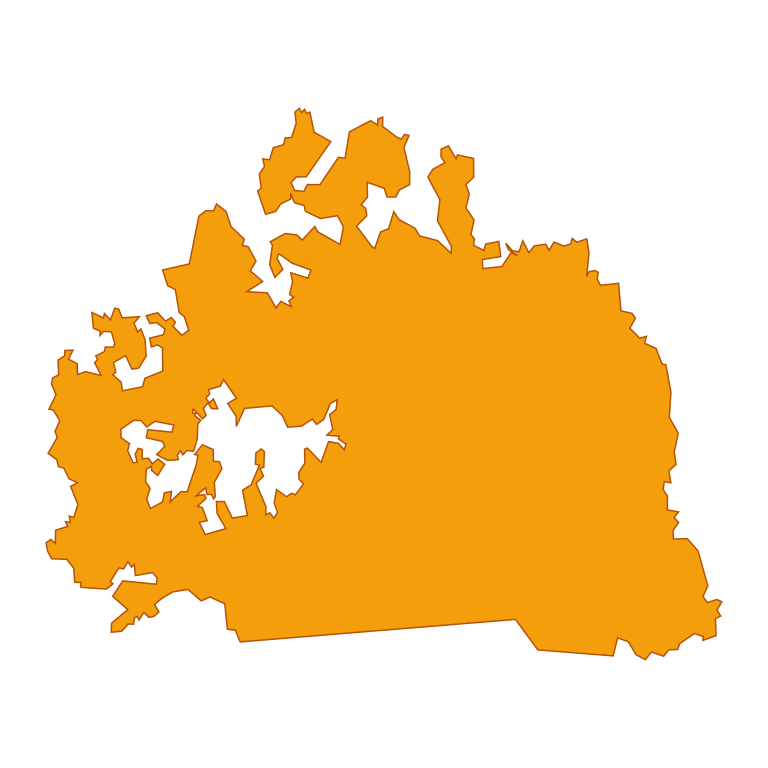 outline of Cañazas, Veraguas, Panama
{"feature_id": "35544464B38467816512648", "entity_name": "Cañazas", "entity_type": "district", "adm_level": 2, "iso_a3": "PAN", "parent_name": "Panama", "parent_adm1": "Veraguas", "projection": "natural_earth1", "projection_center": [-81.335, 8.382], "detail": "fine", "context": "isolated", "style": "filled", "palette": "amber", "viewbox_px": 768, "rotation_deg": 0, "n_neighbors": 0, "source": "geoboundaries", "source_scale": "gbopen_adm2", "svg_char_len": 6085}
<svg xmlns="http://www.w3.org/2000/svg" viewBox="0 0 768 768"><path d="M64.5,355.9L58.0,360.2L58.7,374.8L52.7,377.9L51.5,383.9L56.0,394.7L48.9,409.3L53.2,409.9L59.8,420.6L55.0,431.5L57.3,437.3L48.1,453.3L56.8,459.7L58.4,466.5L63.8,468.1L69.1,478.8L77.6,482.8L70.6,486.4L77.9,504.5L73.7,517.5L69.2,516.1L70.4,522.3L65.6,521.7L67.7,526.5L55.6,530.2L55.3,543.4L50.8,539.4L46.1,542.7L47.5,551.1L51.7,558.8L66.8,559.3L73.7,568.2L74.7,582.3L81.3,582.5L80.4,586.3L81.0,587.3L106.4,589.1L113.0,583.8L110.3,581.6L118.8,568.0L123.6,569.0L127.9,561.7L131.6,567.1L134.4,564.5L135.4,575.6L152.8,572.5L157.3,578.4L156.3,584.2L122.7,580.9L112.7,596.4L127.7,609.6L111.6,623.2L111.2,632.2L121.6,631.3L128.4,624.0L133.6,624.2L134.5,617.8L137.5,616.4L139.0,620.0L143.9,612.4L148.8,617.3L153.7,616.5L158.9,612.1L154.7,604.5L161.8,598.4L172.8,591.9L188.0,589.4L201.2,600.9L210.0,597.0L224.8,603.8L227.4,629.3L235.4,630.2L240.2,641.9L515.5,619.4L537.8,649.9L613.2,655.9L617.6,637.9L628.4,641.7L635.9,654.6L645.3,659.6L651.4,652.0L663.7,656.2L668.8,649.8L677.7,649.5L679.6,643.7L694.5,633.5L703.3,636.6L702.8,640.4L716.0,635.7L715.5,618.6L720.7,616.0L716.9,610.1L721.9,601.7L716.7,599.5L707.4,602.6L703.0,596.6L707.8,585.8L698.1,551.1L687.3,538.6L673.4,539.1L673.1,530.5L678.6,522.4L674.2,517.6L678.5,511.9L667.4,509.9L667.4,496.0L663.1,489.4L664.3,481.6L670.9,482.8L668.8,471.0L676.1,464.3L674.2,451.9L678.3,433.2L669.3,417.3L670.9,392.2L665.9,364.8L662.0,363.8L656.0,348.4L644.7,343.3L646.4,336.3L639.7,338.2L629.8,328.2L635.4,318.4L632.0,313.4L621.0,310.8L618.5,283.3L600.4,285.3L597.2,279.0L598.3,272.4L594.9,270.6L589.0,271.7L586.6,276.5L589.0,252.9L586.8,238.9L576.7,242.2L572.2,238.3L570.9,243.7L564.1,246.1L553.9,242.1L549.1,250.4L545.7,244.2L534.4,245.8L528.8,252.7L522.8,240.8L519.0,251.7L512.5,250.8L505.7,243.2L508.4,249.6L517.3,255.8L511.2,252.6L501.9,266.5L482.8,268.6L482.3,259.6L500.7,256.6L498.8,241.5L485.8,244.0L483.9,250.4L473.6,245.3L474.4,238.9L470.9,234.5L474.1,220.0L465.9,207.9L469.3,194.2L465.8,184.7L473.7,177.1L473.6,158.5L457.5,154.9L456.2,158.8L448.4,145.9L441.2,149.0L440.9,156.5L444.8,162.7L432.9,169.2L427.9,177.0L439.9,199.8L437.5,220.9L451.5,246.6L451.1,253.3L437.6,240.6L419.6,235.9L415.1,228.3L399.0,219.5L393.8,211.6L388.6,228.7L380.5,232.0L374.7,248.4L372.3,247.1L356.5,226.1L366.8,215.8L365.6,208.2L361.1,204.9L367.5,197.2L367.2,182.3L384.2,188.3L387.0,197.0L395.8,197.0L399.4,189.9L409.6,184.7L409.7,171.6L403.9,147.6L409.0,135.5L404.6,134.4L401.4,139.2L397.0,137.3L382.6,126.5L382.7,117.1L377.8,119.1L377.7,125.0L370.7,120.7L349.4,131.8L345.1,158.2L338.5,157.3L319.9,184.7L307.5,184.5L303.8,191.4L294.7,190.5L291.1,182.6L296.3,177.0L306.2,176.8L330.8,141.6L314.1,132.2L309.9,112.1L306.7,113.4L304.5,109.4L301.6,112.5L299.3,108.4L294.9,112.1L296.2,123.2L291.6,137.4L285.2,138.0L283.6,144.6L273.2,147.8L269.6,159.8L262.8,158.9L264.5,166.4L259.3,174.1L261.3,188.2L257.6,191.0L265.6,214.3L275.7,211.4L280.8,203.8L290.7,199.1L290.7,193.2L294.5,202.7L304.2,205.5L305.3,211.2L320.3,218.5L337.5,215.7L343.4,226.9L340.1,244.5L317.9,231.9L314.8,226.5L302.2,240.1L296.9,234.9L285.2,233.5L270.2,241.8L272.4,245.3L269.7,264.8L274.9,277.4L282.8,269.4L277.0,258.1L279.0,253.7L292.1,263.2L310.9,270.0L308.0,278.1L290.7,272.8L292.6,281.7L289.6,294.4L293.6,297.2L288.9,300.9L291.3,306.8L280.9,301.4L276.0,307.9L267.3,292.8L246.7,291.7L262.7,281.5L250.3,270.9L256.0,261.0L248.1,246.6L242.3,245.6L244.3,239.2L231.1,226.6L226.0,211.4L216.5,204.0L213.6,210.8L205.9,210.7L198.9,216.1L189.3,263.9L162.6,270.0L167.7,285.8L175.3,289.5L179.2,312.5L184.4,316.8L188.7,330.1L181.9,335.3L173.0,326.3L175.4,322.2L171.3,317.5L165.5,321.2L157.8,312.8L146.2,315.7L149.9,323.5L156.6,322.6L164.9,328.9L163.6,334.7L149.7,338.1L151.3,346.9L157.8,344.9L162.4,347.9L162.8,371.0L144.9,378.3L142.5,386.8L122.4,390.8L121.2,382.3L112.8,374.7L115.8,372.2L113.5,362.5L125.7,355.6L131.9,369.2L138.7,368.1L146.2,356.0L145.1,339.8L140.9,328.9L137.7,332.0L134.0,323.2L139.4,316.7L122.2,317.8L118.7,309.1L114.8,308.1L110.4,319.9L104.4,313.5L103.5,317.9L91.9,312.5L93.4,328.2L100.1,331.1L100.0,335.5L103.5,331.5L111.4,331.8L114.8,343.8L113.3,347.2L105.3,347.0L104.5,351.5L95.7,356.0L97.6,359.3L94.7,362.8L101.1,375.5L85.7,371.6L77.5,374.5L77.2,363.7L68.4,359.1L73.0,350.2L64.9,350.5L64.5,355.9ZM205.1,534.5L199.3,522.3L207.2,520.7L202.4,507.7L197.6,506.1L206.0,498.5L204.5,494.5L196.2,495.7L205.6,487.8L207.1,494.5L211.5,494.4L213.6,498.8L215.3,496.5L214.3,482.4L221.9,468.7L219.4,461.6L213.5,461.4L213.2,449.6L202.5,444.8L194.6,454.5L197.9,455.2L196.4,464.2L187.2,491.8L181.0,491.6L170.1,502.0L171.5,491.4L164.3,492.9L162.6,501.9L150.4,508.5L146.6,499.2L150.1,488.4L145.6,481.6L146.3,469.2L151.5,466.3L151.5,470.3L157.7,475.5L164.6,464.3L158.0,459.0L152.3,463.9L148.5,458.2L142.1,458.8L142.4,449.4L138.2,448.3L135.2,454.1L137.1,462.3L133.1,462.8L127.6,450.6L129.5,443.7L121.1,437.6L120.9,429.3L133.7,420.3L141.2,420.6L146.7,427.0L155.0,421.3L173.9,425.0L171.9,432.1L147.8,429.7L146.3,437.7L162.4,441.5L164.7,446.4L156.7,454.6L167.6,460.4L178.3,459.6L177.3,454.9L180.6,450.8L182.9,454.8L187.0,450.5L193.6,451.2L197.2,439.2L197.8,424.1L200.7,420.3L194.7,415.6L196.0,413.2L192.5,413.3L193.3,408.9L202.6,418.9L206.2,415.3L203.4,408.6L208.1,402.8L211.2,408.5L217.7,408.9L213.5,398.9L209.2,403.0L206.0,398.2L209.8,393.6L208.4,389.6L220.4,386.1L223.5,379.6L236.4,398.2L227.7,403.5L236.2,416.4L236.3,426.4L244.6,408.4L272.1,405.9L282.3,415.5L287.7,427.2L301.3,426.2L312.3,419.1L316.6,424.4L323.7,419.5L330.3,403.6L337.1,399.6L336.1,409.5L329.6,414.7L332.8,429.5L326.9,435.1L339.1,436.3L338.4,438.9L346.0,444.1L344.4,449.8L338.3,443.3L328.6,441.6L321.1,462.4L307.5,448.1L304.6,449.1L304.8,463.2L298.7,472.7L299.1,479.4L303.6,483.8L295.3,494.9L291.7,493.2L286.5,496.7L276.5,489.6L274.2,502.9L277.5,512.6L273.8,518.1L269.8,512.8L265.8,514.8L266.0,506.7L256.0,483.2L263.5,476.3L260.1,468.2L263.8,467.3L264.4,451.6L261.0,449.0L255.9,453.0L255.3,464.0L259.4,465.2L251.1,484.8L242.6,490.2L247.4,515.6L232.3,518.1L224.4,501.6L216.4,501.5L217.1,513.5L225.9,528.6L205.1,534.5Z" fill="#f59e0b" stroke="#b45309" stroke-width="1.5"/></svg>